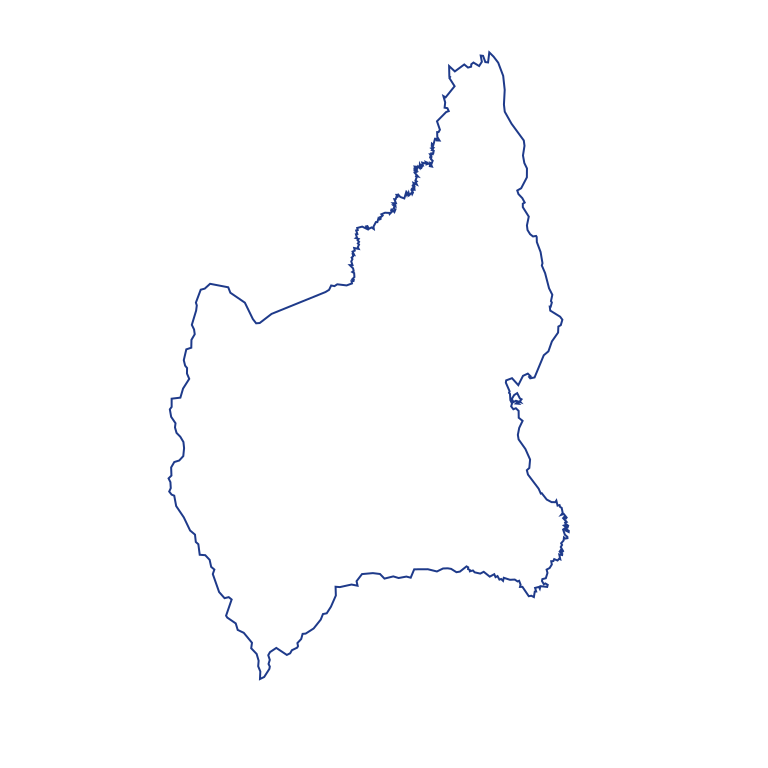 Mamuju Tengah, Sulawesi Barat, Indonesia, rotated 154°
{"feature_id": "22746128B49136567123703", "entity_name": "Mamuju Tengah", "entity_type": "district", "adm_level": 2, "iso_a3": "IDN", "parent_name": "Indonesia", "parent_adm1": "Sulawesi Barat", "projection": "equal_earth", "projection_center": [119.569, -2.021], "detail": "fine", "context": "isolated", "style": "outline", "palette": "blue", "viewbox_px": 768, "rotation_deg": 154, "n_neighbors": 0, "source": "geoboundaries", "source_scale": "gbopen_adm2", "svg_char_len": 6168}
<svg xmlns="http://www.w3.org/2000/svg" viewBox="0 0 768 768"><g transform="rotate(154 384 384)"><path d="M624.2,381.5L623.4,377.7L621.5,375.6L624.3,365.4L622.4,351.9L622.5,337.3L619.9,331.5L622.4,324.5L621.1,321.4L624.5,311.3L619.7,308.5L617.8,302.4L619.5,295.4L617.8,291.6L621.2,288.2L623.4,269.3L621.2,261.4L617.0,260.5L615.4,257.1L627.5,245.0L627.3,242.8L622.2,233.8L623.3,227.1L619.1,221.8L616.1,209.3L619.2,204.7L616.8,197.2L618.0,190.2L620.8,185.5L621.2,179.8L624.8,173.2L620.1,173.2L611.9,178.2L610.5,180.1L610.5,183.0L607.6,186.1L606.9,191.0L604.0,193.0L596.5,194.0L590.1,183.1L586.4,183.1L583.5,185.1L577.6,185.1L576.2,186.1L575.4,189.1L570.2,191.1L566.7,195.1L563.8,194.0L554.4,195.1L544.1,200.0L539.7,204.0L536.0,203.0L529.3,207.1L520.0,215.0L516.4,223.0L512.7,220.8L501.1,218.0L496.2,214.3L495.1,218.8L487.1,222.8L476.9,218.9L470.9,215.0L468.9,208.9L460.0,207.0L455.9,203.2L448.3,201.1L444.9,198.2L438.1,204.2L425.8,198.3L418.6,192.3L411.8,192.3L407.5,190.4L404.7,188.4L401.4,183.1L398.0,182.1L389.8,183.9L388.7,182.3L389.6,180.8L388.4,179.3L388.9,178.0L385.8,177.4L385.1,175.0L380.6,171.4L376.7,171.5L373.4,164.5L368.3,164.7L368.4,161.5L366.2,161.6L366.0,157.6L364.2,157.4L363.3,154.9L361.3,157.3L356.6,152.8L352.2,150.9L350.5,148.0L348.8,147.9L349.2,143.8L350.7,142.0L348.5,141.0L346.9,129.8L344.4,129.1L342.7,126.8L339.5,131.3L338.2,130.8L337.6,134.5L333.7,133.7L333.7,131.7L332.0,133.7L326.3,130.1L324.9,131.7L326.4,134.0L328.1,134.0L328.4,137.7L327.2,139.2L323.7,138.5L319.9,142.5L319.2,145.9L315.8,146.0L312.3,148.2L311.4,151.4L309.4,150.6L307.8,152.0L305.4,149.3L303.2,150.2L302.4,149.2L301.2,154.0L298.9,152.2L298.3,153.1L299.6,156.3L297.9,157.3L297.3,155.0L296.3,155.3L296.6,160.0L294.5,161.3L294.6,163.2L291.2,164.6L289.5,167.2L288.8,165.6L286.7,165.0L286.2,166.2L287.5,169.3L286.8,174.7L284.8,175.0L284.9,172.6L282.9,170.0L282.3,171.0L283.5,173.1L282.8,174.7L284.3,177.9L282.9,177.7L281.5,175.0L280.6,175.9L282.1,178.9L282.0,180.0L280.3,179.9L281.8,184.9L280.1,185.6L279.2,183.5L278.4,183.9L279.4,188.4L282.1,188.7L279.9,189.8L278.6,194.8L279.6,196.3L279.3,198.2L281.3,198.6L280.2,203.7L281.9,202.7L285.2,204.4L288.4,208.8L290.1,216.7L291.1,216.8L290.9,222.1L294.3,239.5L293.4,243.9L290.2,244.8L285.8,252.1L285.4,263.6L287.3,275.2L286.0,279.6L281.7,285.3L275.6,290.1L277.7,294.6L274.8,300.8L276.1,304.4L278.8,304.6L279.5,308.2L277.5,310.3L277.5,314.1L275.1,319.9L275.5,321.3L274.3,322.4L273.9,331.8L272.6,333.7L266.4,333.1L263.8,324.1L255.5,330.4L250.2,330.3L248.9,326.8L250.5,326.7L250.1,325.0L245.8,323.9L227.8,339.8L221.9,341.3L214.4,348.7L205.0,353.9L202.1,359.2L199.3,359.4L195.5,363.6L196.2,367.3L202.4,377.1L201.1,380.9L200.3,380.4L197.4,383.7L197.6,385.3L193.6,390.4L193.7,397.7L190.6,413.0L190.2,421.3L188.6,423.1L185.4,434.0L184.4,444.6L182.3,449.2L182.4,450.4L185.4,451.3L187.0,454.6L187.5,459.5L186.0,463.9L180.5,471.0L181.7,482.1L180.2,485.2L178.0,485.4L178.2,490.4L179.9,495.8L179.4,499.5L174.9,499.8L165.0,507.1L161.0,515.1L161.0,521.1L158.9,528.5L153.3,536.5L151.6,541.6L155.3,562.1L156.1,575.8L153.7,582.6L146.6,595.4L141.8,608.7L140.5,622.7L142.0,630.2L144.0,635.9L149.5,627.4L151.8,628.9L151.1,635.5L153.1,636.8L154.8,630.7L159.1,628.1L162.7,633.7L165.4,633.1L166.6,631.0L169.8,631.6L171.8,636.0L183.3,633.9L186.1,641.2L190.4,631.9L190.0,631.0L191.1,630.4L190.0,620.7L203.0,614.6L204.4,616.7L205.6,610.2L208.4,605.8L206.1,604.1L206.2,600.9L208.9,601.2L221.2,596.9L222.3,588.0L224.5,586.5L225.8,587.1L227.8,582.7L227.4,578.5L229.8,579.8L229.6,581.5L230.6,582.1L234.8,577.3L235.6,579.0L236.8,576.9L236.0,574.9L237.9,575.1L237.1,573.8L238.4,573.2L237.1,571.8L238.5,569.9L240.1,570.4L239.9,569.4L241.9,570.3L241.5,567.3L242.1,568.7L243.2,567.4L242.2,566.8L243.2,565.4L242.4,563.3L244.4,561.4L245.4,562.4L245.6,558.4L247.3,559.7L246.3,561.0L247.5,562.7L249.0,562.8L248.0,563.9L249.2,565.3L249.4,563.5L252.6,566.2L253.2,563.4L255.0,564.9L253.9,563.3L256.5,561.2L255.4,562.6L255.5,565.6L257.2,562.4L258.0,564.7L259.3,563.5L259.3,564.9L261.0,565.9L260.8,563.6L262.2,564.3L262.8,562.9L261.2,562.7L261.0,561.7L262.5,561.7L261.5,560.4L263.8,560.4L262.5,555.7L264.5,557.4L263.8,555.7L266.6,553.0L265.8,551.7L267.1,551.4L267.1,548.9L269.4,551.8L269.9,548.9L271.6,550.4L270.9,548.7L272.2,547.2L270.6,547.4L271.4,545.3L273.8,547.8L273.1,545.7L274.2,545.9L274.0,543.4L275.3,542.4L275.1,543.8L278.5,542.7L278.1,544.9L279.3,543.6L279.5,545.8L280.5,544.4L280.4,546.2L284.4,541.9L287.3,544.9L288.5,549.0L288.2,547.7L289.8,548.5L289.8,545.4L290.3,547.3L292.5,545.0L293.7,545.6L294.0,541.3L296.6,542.5L295.4,539.7L295.7,538.9L296.1,540.2L297.2,540.6L296.6,539.1L298.2,537.7L297.3,535.8L299.3,534.0L300.2,537.3L300.8,537.6L301.5,536.8L300.1,535.8L304.4,534.3L304.2,535.4L308.0,537.5L311.9,537.7L311.4,536.0L313.8,535.3L314.2,536.5L314.6,533.9L315.8,533.8L316.3,535.4L319.0,532.4L320.3,533.1L324.5,530.0L325.2,527.8L326.6,530.2L329.5,530.1L329.7,533.2L331.0,533.5L331.3,530.8L334.6,535.0L339.7,536.0L340.1,533.9L341.7,534.2L342.2,530.5L343.6,530.9L344.1,527.5L345.2,527.4L343.2,525.5L344.7,524.8L344.1,522.7L345.9,521.8L345.3,520.3L347.5,518.5L347.5,516.5L351.2,519.3L351.8,516.7L354.2,516.8L354.2,513.3L355.2,514.3L355.7,512.3L357.7,511.8L357.6,510.1L359.7,508.5L360.2,504.7L362.6,505.8L361.1,501.5L361.7,498.9L363.4,498.6L362.2,496.8L363.7,493.1L366.5,492.1L365.5,490.9L366.3,489.9L368.1,490.7L368.7,488.4L374.4,489.0L382.3,494.1L385.6,493.7L388.3,495.7L392.1,492.7L396.3,492.3L454.3,496.3L469.0,493.3L472.3,494.6L473.4,499.8L473.4,518.1L482.1,533.4L481.6,539.2L496.4,550.3L503.3,548.3L507.4,549.1L517.4,539.6L517.8,536.7L520.7,532.3L530.8,521.4L530.8,516.3L532.3,511.7L537.7,508.1L541.3,501.1L546.5,501.8L553.5,493.2L554.7,487.7L554.0,484.7L556.5,479.8L556.8,474.0L566.6,468.0L573.0,461.0L581.3,463.9L584.9,456.5L587.6,455.1L589.7,447.8L588.6,440.1L590.9,436.6L591.9,431.0L590.2,425.9L589.7,419.8L591.8,414.0L596.0,407.2L601.6,405.0L606.7,405.8L611.9,402.3L615.2,394.9L619.0,393.6L619.0,389.4L621.3,383.9L624.2,381.5ZM272.8,311.1L269.2,307.7L269.5,308.9L267.1,310.0L268.2,311.5L268.3,317.4L271.9,317.0L275.7,314.5L275.5,311.0L272.8,311.1ZM273.9,308.6L271.6,307.2L272.3,309.1L273.9,308.6Z" fill="none" stroke="#1e3a8a" stroke-width="2"/></g></svg>